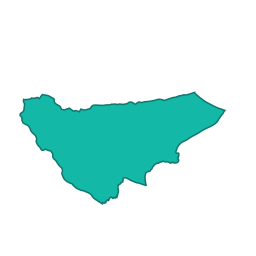 the district of Paktha, Bokeo, Laos, rotated 70°
{"feature_id": "54806243B15398508442736", "entity_name": "Paktha", "entity_type": "district", "adm_level": 2, "iso_a3": "LAO", "parent_name": "Laos", "parent_adm1": "Bokeo", "projection": "robinson", "projection_center": [100.681, 19.997], "detail": "fine", "context": "isolated", "style": "filled", "palette": "teal", "viewbox_px": 256, "rotation_deg": 70, "n_neighbors": 0, "source": "geoboundaries", "source_scale": "gbopen_adm2", "svg_char_len": 5593}
<svg xmlns="http://www.w3.org/2000/svg" viewBox="0 0 256 256"><g transform="rotate(70 128 128)"><path d="M117.3,53.4L117.1,60.1L116.7,62.6L115.7,65.0L115.9,66.3L115.3,68.7L115.4,72.7L115.0,74.0L114.7,76.6L114.6,79.9L114.6,84.3L114.3,84.7L113.3,85.9L112.4,87.3L111.6,88.9L111.3,90.2L111.2,93.0L110.8,96.0L109.9,100.3L109.1,103.0L108.9,105.5L108.7,106.6L107.9,107.9L107.6,108.2L107.4,108.7L107.3,109.5L107.5,110.8L108.0,112.0L108.0,112.4L108.0,113.2L107.0,114.1L105.6,115.1L104.7,116.3L104.3,117.3L104.2,118.1L104.8,120.6L104.8,121.0L104.2,124.2L103.8,125.4L103.1,126.6L102.4,128.4L102.4,129.9L101.3,131.5L100.0,135.5L100.0,137.3L99.1,139.8L98.8,141.0L98.2,143.7L97.8,144.9L95.4,150.5L94.9,151.9L94.8,153.2L95.0,154.2L96.7,157.0L96.6,160.1L96.4,162.3L95.9,163.4L94.1,165.8L96.1,168.1L93.8,171.1L93.4,173.6L89.3,176.3L89.3,176.7L89.2,181.1L88.9,182.6L87.7,184.0L86.5,184.2L85.4,184.2L84.3,184.6L83.2,185.4L81.4,187.0L79.3,188.2L78.1,188.2L75.9,187.5L74.8,187.9L70.4,191.8L69.7,192.9L67.3,197.0L67.9,198.1L68.5,199.0L69.3,200.1L70.0,201.1L68.3,202.6L68.1,205.0L67.9,206.3L67.4,207.4L66.8,208.5L67.4,209.4L66.8,212.7L66.1,215.2L65.4,216.3L66.7,217.0L67.7,217.2L69.2,217.0L70.1,217.1L71.5,217.6L73.0,218.5L74.9,219.3L76.2,220.3L77.0,221.5L77.3,223.2L77.6,224.1L78.2,224.6L79.3,225.1L80.1,224.9L81.1,224.2L82.1,224.2L83.5,224.7L85.0,225.1L86.2,224.9L87.7,224.7L89.7,222.9L90.6,221.8L92.0,220.9L93.3,220.5L95.6,220.2L96.9,220.3L97.6,220.2L99.2,219.7L100.5,219.1L102.4,218.1L103.6,217.6L104.8,217.4L106.1,217.4L107.3,217.7L108.6,218.6L109.2,218.9L110.4,219.0L111.5,218.9L113.6,218.5L115.8,217.5L117.0,217.2L118.8,216.9L119.3,216.6L119.8,215.8L119.9,214.5L119.7,213.0L122.3,210.0L123.2,208.4L126.6,207.6L127.0,207.7L127.6,208.0L129.0,208.5L129.5,208.6L130.4,208.5L130.8,208.4L131.5,208.3L132.0,208.1L132.9,207.5L134.6,206.8L136.0,206.5L136.5,206.4L137.6,206.2L139.2,205.7L140.4,205.2L141.1,204.9L142.8,204.1L143.4,204.0L143.9,203.9L144.2,203.9L145.4,204.1L145.8,204.2L146.4,204.6L146.6,204.8L147.4,205.3L148.1,205.7L149.1,205.9L150.9,205.8L152.3,205.7L153.3,205.6L154.7,205.2L155.6,204.7L157.4,203.7L158.3,202.9L159.7,201.6L160.2,201.1L160.8,200.3L161.6,199.5L162.0,199.4L162.4,199.2L163.0,199.2L165.4,197.9L165.9,197.7L167.5,196.6L167.7,196.3L168.7,195.4L170.4,193.5L172.3,190.6L173.3,189.7L174.1,188.7L175.2,187.5L177.3,185.8L177.6,185.6L178.2,185.4L178.9,185.1L179.8,185.1L181.7,184.4L182.6,184.0L183.3,183.4L183.9,183.2L184.6,182.6L185.0,182.1L185.7,181.7L186.9,180.9L189.0,179.2L189.7,178.6L190.5,178.1L190.3,177.9L189.9,177.6L189.6,177.2L189.9,177.1L190.0,177.1L190.1,176.7L190.4,176.4L190.5,176.2L190.5,175.8L190.2,175.4L190.4,175.0L190.5,174.9L190.6,174.7L190.6,174.4L190.4,174.3L189.7,174.3L189.5,174.2L189.4,173.5L189.2,173.1L189.1,172.9L188.9,172.7L188.7,172.4L188.5,171.9L188.6,171.7L189.2,171.6L189.3,171.5L189.4,171.4L189.5,171.3L189.5,171.1L189.4,170.9L189.2,170.9L188.6,170.8L188.5,170.6L188.6,170.4L188.5,170.2L187.7,169.3L187.5,169.0L187.4,168.3L187.1,167.9L187.1,167.5L187.4,167.2L187.8,167.0L188.2,166.8L188.3,166.7L188.5,166.3L188.9,166.3L189.0,166.2L189.1,165.9L189.0,165.7L188.6,165.3L188.5,165.0L188.6,164.9L189.0,164.6L189.0,164.4L188.9,164.3L188.8,164.0L188.8,163.9L189.0,163.7L189.3,163.6L189.0,163.3L188.9,163.2L189.5,162.3L189.4,162.2L189.0,161.9L188.9,161.8L188.7,161.8L188.6,162.0L188.4,161.9L188.1,161.6L188.2,161.3L188.1,161.1L187.3,160.7L187.1,160.5L186.7,160.3L186.3,159.9L185.5,159.6L185.3,159.4L185.2,159.2L184.9,158.9L184.3,158.7L183.7,158.7L183.1,158.3L183.0,158.2L182.1,158.2L181.6,158.0L180.8,158.0L179.5,157.5L178.8,156.7L178.4,156.7L178.2,156.8L178.1,156.7L178.0,155.9L178.0,155.6L178.1,155.1L178.1,154.9L178.0,154.6L177.7,154.3L177.5,154.0L177.3,153.5L177.1,152.9L176.9,152.3L176.9,151.5L176.8,151.3L176.5,151.1L175.9,150.9L175.6,150.6L173.7,149.8L173.5,149.0L173.7,147.8L174.2,147.0L175.8,145.3L177.5,143.9L178.8,142.6L182.3,138.8L183.1,137.2L184.3,135.6L186.4,133.1L187.5,131.5L188.0,131.1L188.3,130.7L188.6,130.6L185.8,130.3L183.1,129.7L180.1,128.9L178.3,128.0L176.8,127.0L175.9,125.9L175.8,125.6L175.8,125.3L175.9,123.8L175.9,123.5L176.1,123.1L176.1,122.8L176.2,122.4L176.1,122.1L175.7,121.6L175.3,121.2L174.4,119.4L173.8,118.8L173.1,118.2L172.8,117.7L172.3,116.7L171.9,116.6L171.7,116.4L171.8,115.9L171.5,115.0L171.4,114.8L171.3,114.2L171.1,112.9L171.3,112.0L171.5,111.4L171.3,110.8L171.3,110.1L171.1,109.8L171.0,109.5L171.2,108.8L171.4,108.5L171.3,108.0L171.3,107.5L171.1,106.8L171.3,106.1L171.9,105.8L172.6,104.4L172.8,103.6L173.1,102.9L173.5,102.2L173.9,101.7L174.1,101.3L174.3,101.2L175.4,100.3L175.6,100.0L175.5,99.5L175.7,98.7L175.5,98.4L175.4,98.2L175.4,97.9L175.5,97.7L176.4,96.8L176.6,96.6L176.9,96.0L177.2,95.2L177.2,94.8L177.3,94.4L177.3,93.6L177.0,92.8L176.9,92.5L176.7,92.2L176.1,91.6L175.5,91.4L175.3,91.3L175.0,91.3L174.6,91.7L174.0,91.5L173.3,91.5L173.1,91.4L172.9,90.9L172.6,90.5L172.3,90.4L172.1,90.5L171.9,90.5L171.7,90.4L171.4,89.9L171.2,89.6L170.4,89.5L170.1,89.2L169.0,89.0L168.8,89.3L168.6,89.8L168.5,90.5L168.4,90.8L168.3,91.0L168.1,91.1L167.4,91.3L166.8,91.3L166.6,91.1L165.7,90.4L165.4,90.0L165.1,89.7L164.7,89.6L164.4,89.6L161.6,86.4L160.0,82.9L159.6,80.5L159.4,78.2L159.1,76.2L158.2,72.6L157.7,69.8L157.4,67.4L156.9,63.9L156.2,61.2L155.6,58.3L155.3,56.1L154.9,51.7L154.7,49.3L154.0,45.6L153.2,43.2L152.7,42.2L151.7,40.8L150.7,39.6L149.5,37.9L147.6,35.1L146.7,33.5L145.5,32.4L144.8,31.3L144.6,30.9L143.6,32.2L142.9,32.9L142.1,33.9L140.8,35.7L138.8,37.9L134.6,41.9L130.6,45.5L127.9,47.6L125.5,49.1L124.2,50.0L121.5,51.5L119.7,52.5L118.7,52.9L117.6,53.6L117.3,53.4Z" fill="#14b8a6" stroke="#0f766e" stroke-width="1.5"/></g></svg>